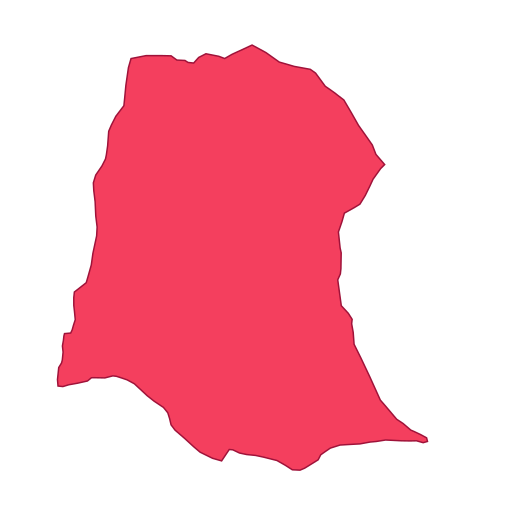 outline of Corisco, Equatorial Guinea, rotated 5°
{"feature_id": "11065452B63780080368940", "entity_name": "Corisco", "entity_type": "district", "adm_level": 2, "iso_a3": "GNQ", "parent_name": "Equatorial Guinea", "parent_adm1": "", "projection": "mercator", "projection_center": [9.322, 0.913], "detail": "fine", "context": "isolated", "style": "filled", "palette": "rose", "viewbox_px": 512, "rotation_deg": 5, "n_neighbors": 0, "source": "geoboundaries", "source_scale": "gbopen_adm2", "svg_char_len": 1962}
<svg xmlns="http://www.w3.org/2000/svg" viewBox="0 0 512 512"><g transform="rotate(5 256 256)"><path d="M262.3,60.8L248.2,52.5L233.7,46.2L214.5,57.2L207.6,62.0L201.5,60.3L188.5,58.9L181.6,63.2L177.1,69.2L171.4,69.1L168.2,67.4L160.1,67.7L154.0,64.0L144.7,64.6L128.9,66.0L114.3,70.2L112.5,79.5L111.5,97.2L111.4,110.5L111.3,117.8L104.2,129.0L100.5,138.2L98.4,144.6L98.6,159.2L98.1,168.4L97.6,172.5L94.7,179.7L89.3,189.3L87.6,197.3L88.7,205.0L91.0,215.9L92.9,230.1L95.2,241.0L95.5,249.9L93.3,267.6L92.7,279.3L90.3,292.0L89.2,297.4L78.2,307.7L78.1,313.4L78.8,321.1L80.0,327.1L81.5,335.2L80.2,340.9L79.3,345.7L78.1,348.9L72.0,350.0L71.6,352.4L71.5,356.9L71.0,362.5L72.2,368.6L72.1,376.6L71.6,379.5L69.2,384.3L69.1,391.1L69.0,396.4L70.1,402.8L75.0,402.9L80.7,400.6L89.2,398.3L99.0,395.2L102.7,391.6L105.9,391.3L116.1,390.6L123.8,387.9L127.4,388.0L133.1,389.3L138.4,390.6L146.0,393.9L159.7,404.6L167.3,409.6L177.0,414.9L181.8,419.9L184.1,425.5L186.1,431.6L190.5,436.5L200.9,444.0L210.5,451.4L217.4,456.3L230.3,461.3L239.6,463.1L246.2,451.1L249.8,451.1L256.7,453.7L264.0,454.6L272.9,454.7L281.0,455.7L294.7,457.9L303.6,462.0L310.8,465.8L318.5,465.5L323.0,463.1L335.7,453.6L337.8,448.4L341.9,444.9L346.8,440.9L356.2,437.0L361.5,436.2L368.3,435.2L376.0,434.1L385.8,431.4L391.9,430.3L401.2,428.0L417.0,427.4L425.5,426.8L432.0,426.1L438.8,427.4L443.0,425.8L441.8,422.3L435.9,419.7L428.9,417.1L425.3,415.9L417.2,410.1L410.4,406.4L398.8,394.9L392.4,388.7L386.0,377.3L380.1,366.8L369.4,348.5L361.4,335.4L359.5,323.7L357.2,315.2L357.3,310.7L352.9,305.0L345.3,298.1L339.5,272.6L341.6,266.5L341.7,261.3L340.6,245.5L339.1,240.7L336.0,224.9L338.6,214.4L340.3,205.6L350.1,198.9L355.0,195.3L359.6,186.1L363.3,176.5L365.9,169.3L372.5,158.1L376.2,153.7L366.6,144.3L362.2,135.3L355.0,126.7L346.7,116.9L338.3,104.7L329.9,92.9L323.1,88.6L321.5,87.5L316.0,84.2L310.2,80.9L299.4,68.6L293.8,65.3L277.6,63.8L269.1,62.1L262.3,60.8Z" fill="#f43f5e" stroke="#9f1239" stroke-width="1.5"/></g></svg>